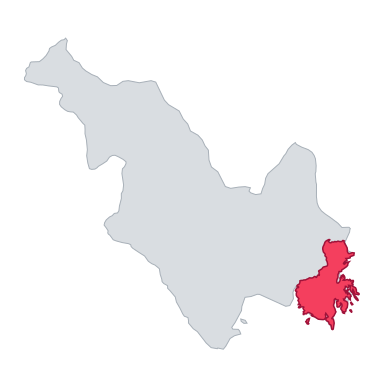 where Hwanghae-namdo sits in North Korea, rotated 268°
{"feature_id": "PRK-3304", "entity_name": "Hwanghae-namdo", "entity_type": "Province", "adm_level": 1, "iso_a3": "PRK", "parent_name": "North Korea", "parent_adm1": "", "projection": "robinson", "projection_center": [125.529, 38.191], "detail": "fine", "context": "in_parent", "style": "filled", "palette": "rose", "viewbox_px": 384, "rotation_deg": 268, "n_neighbors": 0, "source": "natural_earth", "source_scale": "10m", "svg_char_len": 8833}
<svg xmlns="http://www.w3.org/2000/svg" viewBox="0 0 384 384"><g transform="rotate(268 192 192)"><path d="M237.8,297.0L236.0,298.0L233.0,303.2L230.2,309.8L227.5,313.3L224.3,315.3L220.9,316.5L214.1,317.0L208.0,316.5L206.0,315.8L197.6,316.2L195.2,316.7L183.1,316.2L176.7,316.7L172.7,318.0L168.6,320.7L165.1,324.7L162.0,329.0L155.7,336.8L151.3,340.6L151.3,346.1L151.2,347.8L149.7,349.0L149.1,348.5L146.5,348.1L136.2,343.0L127.7,346.1L125.6,350.1L123.3,351.4L119.9,343.6L114.4,343.3L105.6,336.4L101.8,337.8L100.9,340.6L96.1,346.9L89.3,352.2L87.1,352.9L84.7,352.5L85.0,351.1L82.3,345.2L71.6,342.8L67.8,340.3L65.9,339.7L76.3,333.2L79.0,332.0L77.0,330.5L74.7,329.7L66.2,330.7L61.7,328.6L55.3,329.2L50.8,327.5L60.1,321.1L60.5,317.3L60.4,314.4L65.2,305.9L70.0,301.1L82.3,294.4L87.6,293.5L91.5,293.8L94.7,293.2L91.3,290.6L88.1,289.4L81.7,289.6L75.1,285.8L74.5,281.7L87.3,256.0L87.5,253.6L85.5,247.4L84.9,241.3L75.8,237.8L71.7,237.3L60.0,230.5L55.3,227.0L53.5,228.0L53.1,233.5L51.5,234.7L48.4,235.8L46.9,229.5L44.3,225.0L36.6,220.3L33.8,217.8L35.2,212.3L34.5,211.8L35.8,205.7L40.6,200.9L52.3,192.5L55.3,188.5L61.2,183.9L63.9,184.0L66.6,183.6L67.5,181.6L68.1,180.0L70.5,178.5L76.1,176.0L82.6,172.6L87.7,171.6L94.1,166.6L96.6,164.3L99.2,164.3L99.9,163.3L101.4,160.7L103.4,159.0L106.2,158.7L110.7,157.4L116.5,156.7L120.3,152.4L121.7,149.4L124.2,146.0L129.7,142.4L133.4,137.0L137.6,131.1L139.5,129.3L141.5,128.9L142.6,126.7L143.9,120.5L145.8,114.4L147.0,111.6L151.7,108.4L152.9,106.9L154.0,106.4L156.2,106.8L159.2,105.0L162.0,103.0L164.6,103.7L167.2,105.4L169.9,108.7L171.1,111.4L173.3,113.6L173.7,116.9L175.9,118.3L180.5,119.0L188.0,121.2L192.8,121.3L195.6,123.0L201.4,123.9L212.9,122.6L217.6,123.3L219.6,125.4L222.6,127.0L224.5,127.1L227.0,124.3L229.7,119.8L231.4,116.4L231.3,113.6L229.7,110.7L225.9,107.9L223.3,103.7L220.9,99.3L219.5,97.9L218.3,95.8L218.1,92.5L218.9,90.3L224.6,88.9L231.9,88.0L237.9,88.9L247.8,88.3L253.9,87.1L258.4,87.3L262.6,87.2L264.4,85.4L270.2,80.9L273.0,79.3L276.0,76.2L276.4,73.0L277.0,70.4L278.7,67.7L281.7,64.3L284.2,62.7L287.1,62.9L290.2,64.5L292.1,66.0L294.3,65.6L296.1,62.9L297.3,62.4L300.7,62.1L301.8,60.5L303.0,52.6L304.2,46.4L304.4,42.0L307.3,34.8L308.2,30.5L310.0,28.5L312.2,28.6L314.0,29.9L316.2,30.6L319.2,29.9L321.3,31.0L322.7,33.4L327.1,35.0L327.6,36.1L327.6,44.0L330.2,47.6L333.5,51.0L338.0,54.0L340.4,54.6L341.9,56.8L343.3,60.5L346.5,64.1L348.3,66.8L348.7,69.5L350.2,71.1L347.7,72.7L344.3,71.7L338.7,71.1L331.7,76.5L327.8,78.4L325.2,83.6L319.7,86.8L316.7,90.1L312.9,95.9L310.4,101.5L304.5,107.2L301.1,114.4L301.1,120.5L305.0,126.8L305.5,132.2L303.0,143.2L304.7,155.0L303.1,159.6L284.8,167.6L280.1,171.6L273.4,182.0L265.2,185.8L260.1,190.1L253.0,192.6L248.6,199.9L243.6,204.1L237.7,206.6L233.3,209.8L223.3,210.1L216.3,212.3L211.3,218.5L196.3,225.5L194.3,230.8L195.3,239.0L195.5,245.3L194.2,250.5L190.9,249.0L189.1,250.7L187.2,255.5L187.8,260.9L193.0,262.7L197.2,264.9L203.2,266.1L207.7,268.6L217.2,280.1L224.9,285.1L226.9,287.0L231.3,289.5L235.4,293.5L237.8,297.0ZM61.9,240.7L59.0,242.4L58.9,239.3L61.1,236.6L63.4,236.3L61.9,240.7Z" fill="#d9dde1" stroke="#a8b0b8" stroke-width="1"/><path d="M137.8,342.4L137.6,342.2L136.6,342.3L135.6,342.7L131.6,344.7L130.6,345.1L129.4,345.2L127.5,345.1L126.5,345.4L125.4,346.0L125.0,346.5L124.9,346.7L125.5,349.2L125.8,349.8L125.7,350.7L125.4,352.0L123.0,351.5L122.3,349.0L121.8,347.8L121.0,347.9L120.6,347.7L120.3,346.3L120.2,343.5L118.7,344.5L118.0,344.5L117.7,343.3L117.4,342.6L116.6,341.8L115.8,341.2L115.3,340.9L114.5,341.6L114.8,342.3L116.0,343.3L116.1,343.9L116.5,345.6L116.7,346.5L116.2,346.0L115.1,345.4L114.6,345.2L113.4,345.1L112.9,344.7L112.0,343.9L109.5,340.1L109.3,339.4L109.0,339.0L107.7,338.8L107.4,338.5L107.3,338.0L107.3,337.4L107.4,336.2L107.1,336.0L105.8,335.8L104.9,335.2L104.5,335.0L102.3,334.9L101.4,334.8L99.4,333.8L98.1,333.5L96.8,333.5L95.9,334.0L95.9,335.0L96.8,336.0L98.1,336.8L99.1,337.1L100.8,336.9L101.3,337.2L101.0,338.4L102.0,338.1L102.5,338.1L103.1,338.4L102.5,339.2L102.0,340.1L103.0,340.1L103.4,340.0L103.8,339.7L104.1,340.1L102.9,341.2L102.2,341.5L101.3,341.8L100.5,341.7L99.9,341.3L98.6,340.1L98.4,341.6L98.9,343.0L99.1,344.4L98.2,345.6L98.9,346.3L99.2,346.5L99.0,347.0L98.7,347.3L97.7,347.3L97.5,347.5L97.9,348.6L98.0,349.5L98.0,350.0L97.7,350.2L97.1,350.2L96.6,350.1L96.2,349.9L95.7,349.4L95.9,349.3L96.1,349.0L95.5,348.7L94.9,348.6L94.5,348.9L94.4,349.6L94.0,349.7L93.4,349.6L92.9,349.1L93.3,348.1L92.1,349.2L91.4,350.7L90.6,352.1L88.8,352.8L87.0,352.9L86.1,353.0L85.7,353.4L85.4,354.4L84.8,355.3L84.1,355.5L83.5,354.9L84.2,351.7L85.0,350.3L86.3,350.7L89.1,349.4L88.3,349.0L86.6,349.3L85.7,349.0L86.3,348.1L87.4,347.3L88.6,346.7L89.7,346.5L92.2,347.0L93.1,346.8L93.3,345.2L92.5,345.5L91.8,345.4L91.2,345.0L90.8,344.3L92.3,342.7L92.4,342.0L91.0,341.8L90.1,341.4L89.6,340.8L89.1,340.4L88.1,340.9L88.4,341.8L87.1,341.8L86.5,341.9L86.0,342.2L87.0,342.6L88.2,343.3L89.2,344.2L89.1,345.2L88.1,344.4L86.8,343.8L85.4,343.6L84.2,343.9L84.5,344.3L84.8,344.7L85.7,345.2L84.1,346.5L83.1,347.1L82.1,347.3L82.1,346.9L82.0,346.6L81.8,346.5L78.6,346.5L79.3,345.5L81.5,344.2L82.1,343.0L81.8,342.0L79.5,340.8L79.7,339.7L78.7,339.9L78.1,340.7L77.6,341.9L77.1,342.8L76.3,343.4L75.4,343.7L74.5,343.7L71.6,343.2L71.0,343.0L69.6,341.9L69.1,341.8L67.9,341.7L67.1,341.3L66.8,340.5L67.1,339.2L65.9,340.0L65.4,340.1L65.6,339.1L66.1,338.4L66.7,338.1L67.7,338.0L68.3,337.8L69.6,336.8L70.3,336.7L71.0,337.0L72.4,337.8L73.3,338.0L74.1,337.9L74.8,337.8L75.4,337.4L75.9,336.7L75.5,336.3L74.9,336.7L74.4,336.8L73.8,336.5L72.7,335.6L72.3,335.4L72.0,334.6L71.9,333.4L72.4,332.9L74.5,332.9L76.7,332.5L77.3,332.7L77.5,333.2L77.6,333.8L77.9,334.2L79.0,334.3L79.3,332.2L80.4,331.7L79.9,330.7L79.1,330.3L77.1,330.4L76.2,330.2L74.4,329.6L73.6,329.5L72.8,329.6L70.3,330.8L67.9,331.3L67.2,331.7L63.3,329.5L61.6,327.8L60.6,327.4L60.2,328.5L59.6,328.9L58.3,329.2L56.0,329.5L50.1,328.4L49.6,327.8L49.9,327.0L51.1,326.6L53.5,326.4L54.5,325.9L55.0,324.7L55.3,324.5L57.4,324.0L57.8,323.6L58.6,322.0L59.2,321.5L60.3,321.3L61.2,321.8L62.5,323.8L63.0,323.6L66.1,321.5L64.8,321.0L62.2,321.4L60.7,320.4L60.0,319.6L59.9,319.1L59.9,318.1L60.4,314.2L60.6,313.6L62.9,310.3L63.2,309.5L63.8,307.7L64.4,307.1L64.8,306.9L65.1,307.0L65.2,307.4L65.1,308.3L65.8,307.7L66.6,306.3L67.4,304.8L67.6,303.7L67.3,303.1L66.4,302.4L66.2,301.8L66.4,300.6L66.3,300.1L65.6,299.5L65.7,299.0L66.4,298.9L67.4,299.5L68.0,299.1L68.4,299.0L68.7,299.6L69.5,300.4L70.6,299.5L71.8,298.9L73.0,299.7L73.4,299.0L73.3,297.9L73.5,296.9L72.9,296.4L72.5,295.7L72.5,294.9L72.8,294.4L73.5,294.6L74.5,296.5L75.7,296.3L75.9,295.9L75.6,295.0L75.7,294.2L76.1,294.3L76.4,294.9L76.9,295.2L78.5,294.9L79.7,294.2L80.1,294.1L80.6,294.6L81.8,295.0L82.3,294.5L82.8,294.2L83.3,293.6L84.1,293.1L85.3,292.6L87.2,292.7L88.3,293.1L89.0,293.2L89.1,292.9L89.2,292.5L89.4,292.1L90.0,291.9L92.3,293.2L92.5,293.7L92.7,294.9L93.0,295.2L93.6,295.1L93.8,294.5L94.0,293.9L94.2,293.6L94.7,293.7L95.2,294.1L95.6,294.6L95.7,295.0L96.3,295.9L97.5,296.6L98.9,296.8L99.4,296.7L99.6,297.0L99.8,297.7L99.8,299.4L100.2,300.7L100.2,302.3L100.3,302.7L100.9,303.8L101.2,304.8L102.1,306.3L102.1,306.7L101.9,308.0L101.9,308.9L102.0,309.5L102.2,310.0L103.2,311.3L103.3,311.8L103.1,312.3L102.7,312.8L102.3,313.1L102.3,313.3L102.6,313.6L103.6,314.1L104.6,315.0L104.7,315.3L104.6,315.5L104.3,315.9L104.2,316.1L104.3,316.3L105.0,316.4L105.9,316.1L106.3,316.1L107.4,316.3L108.2,315.9L108.5,315.8L108.8,316.0L109.1,316.3L109.3,317.0L110.0,317.7L110.1,318.3L110.4,318.8L110.8,319.2L112.2,320.3L112.4,320.7L112.6,321.3L113.1,323.7L113.3,324.3L113.6,324.6L114.1,324.9L115.4,325.0L117.7,324.6L119.3,323.8L119.8,323.8L121.4,324.2L121.9,324.1L122.3,323.9L122.8,323.3L123.4,322.8L124.1,322.7L125.0,323.0L125.3,322.9L127.5,321.2L130.0,320.7L131.1,320.7L131.8,320.8L133.0,321.2L134.4,322.0L137.1,323.1L138.0,323.8L138.4,324.4L138.8,325.0L139.7,327.0L139.7,327.7L139.6,328.0L139.4,328.1L139.0,327.8L138.6,326.6L138.5,326.4L138.2,326.4L137.5,327.1L136.8,327.5L136.6,327.9L136.4,328.6L136.4,329.1L137.0,329.7L137.2,330.2L137.0,331.8L137.6,333.1L137.2,334.1L137.4,335.1L137.7,335.8L137.8,336.3L137.4,337.4L137.2,339.3L137.3,339.9L137.6,340.3L138.2,340.9L138.3,341.2L138.1,341.8L137.8,342.4ZM60.3,302.4L61.5,304.3L61.6,305.0L59.5,304.4L58.4,304.0L57.5,303.3L56.3,304.1L55.9,303.6L56.1,302.6L58.0,301.4L58.6,301.2L58.9,301.8L59.7,302.1L60.3,302.4ZM81.7,350.6L83.6,349.8L82.4,351.5L81.5,352.3L80.2,353.2L79.7,353.6L79.0,354.0L78.0,354.3L77.7,353.8L79.2,352.1L79.9,351.7L80.4,351.9L80.7,351.0L80.9,351.0L81.3,350.6L81.7,350.6ZM74.0,348.8L73.6,347.9L74.9,347.0L75.8,346.7L76.0,346.7L76.2,346.9L76.3,347.2L76.1,347.3L75.9,347.4L74.4,348.7L74.0,348.8ZM68.0,345.6L68.5,345.7L68.7,346.3L68.6,346.8L68.3,346.8L67.7,347.3L67.2,347.5L66.7,347.5L66.3,347.3L66.3,347.1L67.1,346.5L67.7,346.8L67.9,346.7L68.0,346.3L67.9,346.0L68.0,345.6Z" fill="#f43f5e" stroke="#9f1239" stroke-width="1.5"/></g></svg>